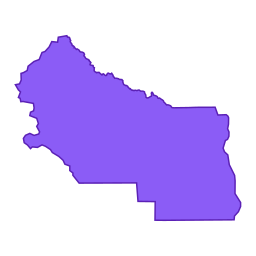 outline of Kittitas, Washington, United States of America
{"feature_id": "52423323B21025471162959", "entity_name": "Kittitas", "entity_type": "district", "adm_level": 2, "iso_a3": "USA", "parent_name": "United States of America", "parent_adm1": "Washington", "projection": "albers", "projection_center": [-120.862, 47.167], "detail": "fine", "context": "isolated", "style": "filled", "palette": "violet", "viewbox_px": 256, "rotation_deg": 0, "n_neighbors": 0, "source": "geoboundaries", "source_scale": "gbopen_adm2", "svg_char_len": 4943}
<svg xmlns="http://www.w3.org/2000/svg" viewBox="0 0 256 256"><path d="M27.5,145.0L30.5,148.6L32.3,146.9L37.5,147.4L42.0,144.9L45.5,146.3L50.5,149.6L52.3,152.5L58.8,156.4L63.1,160.3L64.9,164.2L69.8,166.0L69.8,170.6L72.9,173.0L72.9,175.3L79.1,183.1L136.6,182.9L138.0,201.4L155.2,201.6L155.0,220.2L164.0,220.3L234.1,219.8L234.5,216.0L238.4,211.7L240.6,206.5L240.6,202.5L235.0,193.6L235.1,180.8L234.6,175.4L229.3,164.7L227.8,154.9L224.5,151.8L223.1,148.1L225.4,140.5L227.5,139.4L228.9,136.3L229.0,132.0L227.6,128.8L228.5,124.2L228.6,117.8L227.9,116.1L226.2,114.7L217.9,115.0L215.1,107.2L209.5,107.3L204.5,107.3L198.3,107.3L193.9,107.4L188.5,107.6L173.9,107.8L172.0,107.6L171.4,107.0L171.0,106.2L170.4,105.7L168.7,105.0L167.5,104.8L166.5,104.9L165.3,103.4L163.9,102.1L163.4,100.8L162.4,99.9L161.6,99.5L160.1,98.4L159.4,98.0L159.0,98.1L158.6,98.3L157.7,97.9L157.4,96.8L156.5,96.1L155.6,95.7L153.8,95.2L152.9,93.3L152.4,92.4L151.9,92.3L151.3,93.1L151.5,94.4L151.7,95.5L151.3,96.2L150.6,96.4L149.1,97.4L148.0,97.9L146.9,97.9L146.0,97.3L145.9,96.2L145.7,94.8L144.7,93.2L144.5,91.9L143.5,91.3L142.1,91.1L140.7,91.2L139.1,90.0L137.8,90.2L137.4,90.5L136.9,90.6L136.6,90.6L136.4,90.5L136.2,90.4L135.1,90.2L134.7,90.3L134.3,90.6L134.1,90.6L133.9,90.5L133.7,90.5L133.4,90.5L133.2,90.5L133.1,90.3L133.0,90.2L132.8,90.1L132.7,90.2L132.0,90.3L131.5,89.9L131.3,89.8L131.1,89.7L130.7,89.3L130.5,88.8L130.3,88.6L130.1,88.6L129.9,88.7L129.8,88.9L129.7,88.9L129.4,88.4L129.2,88.2L128.7,87.8L128.4,87.6L128.1,87.3L128.0,86.8L127.8,86.4L127.6,86.3L127.5,86.2L127.3,86.1L126.8,85.6L126.6,85.5L126.4,85.5L125.7,85.6L125.3,85.4L125.2,85.2L124.6,85.0L124.4,84.9L124.2,84.8L123.8,84.6L123.7,84.5L123.6,84.2L123.4,83.9L123.4,83.7L123.3,83.2L123.2,83.0L123.0,82.5L122.8,82.3L122.8,82.0L122.9,81.7L122.8,81.4L122.8,81.2L122.9,80.9L122.9,80.7L122.6,80.4L122.2,80.1L122.1,79.9L122.0,79.6L121.6,79.5L121.0,79.6L120.7,79.5L120.4,79.4L119.9,79.5L119.1,79.2L118.7,79.0L118.5,78.7L117.6,78.6L117.0,78.3L116.4,78.3L115.9,78.2L115.4,78.2L114.9,78.3L114.7,78.3L114.4,77.9L114.2,77.4L114.0,77.0L113.6,76.9L113.3,76.6L113.1,75.9L113.1,75.2L112.6,74.8L112.3,74.4L112.2,74.2L112.0,73.6L111.9,73.4L111.7,73.2L111.6,73.3L111.5,73.5L111.3,73.6L110.9,73.8L110.4,73.9L110.1,73.9L109.9,73.7L109.4,73.7L109.2,73.6L108.9,73.4L108.3,73.2L108.2,73.1L107.7,73.3L107.3,73.9L106.9,74.2L106.8,74.4L106.8,74.7L106.8,74.9L106.7,75.1L106.2,75.5L105.8,75.6L105.5,75.4L105.2,75.3L105.0,75.2L104.6,74.9L104.3,74.6L104.0,74.3L103.7,74.0L103.5,73.9L103.3,73.8L103.2,73.8L103.0,74.0L102.7,74.1L102.5,74.3L102.5,74.6L102.3,74.7L102.1,74.8L101.9,74.9L101.7,74.8L101.2,74.4L100.9,74.0L100.7,73.8L100.3,73.6L99.8,73.2L99.5,72.7L99.0,72.3L98.8,72.3L98.7,72.4L98.5,72.5L98.1,72.5L97.8,72.5L97.4,72.4L97.2,72.4L97.0,72.5L96.9,72.6L96.7,72.7L96.4,72.7L95.8,72.1L95.6,72.1L95.2,71.9L94.9,71.6L94.7,71.5L94.6,71.3L94.3,71.0L94.2,70.8L94.1,70.7L94.2,70.4L94.2,70.2L94.2,69.6L94.2,69.4L94.2,69.2L94.1,68.8L94.3,68.2L94.4,67.9L94.4,67.7L94.0,67.6L93.9,67.5L93.7,67.3L93.4,67.0L93.3,66.8L93.2,66.5L93.2,66.3L93.2,66.1L93.2,65.9L93.2,65.7L92.9,65.4L92.7,65.4L91.8,65.3L91.6,65.2L91.4,65.2L90.7,65.1L90.3,64.9L90.1,64.8L90.0,64.7L90.2,64.1L90.2,63.8L90.5,63.3L90.6,63.1L90.9,62.7L90.5,62.1L90.3,61.8L90.1,61.7L89.9,61.7L89.7,61.6L89.6,61.4L89.4,61.0L89.3,60.9L89.1,60.7L89.3,60.3L89.1,60.1L88.6,59.9L88.3,59.6L88.1,59.5L87.8,59.2L87.6,59.2L87.1,59.1L86.8,58.9L86.6,58.8L86.4,58.7L86.2,58.7L85.9,58.4L85.7,58.2L85.2,57.5L85.2,57.3L85.0,57.2L84.8,56.8L84.4,56.4L84.4,56.1L84.2,56.0L84.1,55.8L83.9,55.7L84.0,55.4L84.0,55.2L84.2,54.9L84.3,54.7L84.5,54.3L84.4,54.1L84.1,53.6L83.8,53.3L83.7,53.1L83.7,52.8L83.6,52.7L83.0,52.5L82.7,52.4L82.3,52.3L82.2,52.1L81.8,52.0L81.6,52.0L81.2,52.0L80.7,52.0L80.5,51.9L80.3,51.8L80.2,51.7L79.8,51.5L79.6,51.3L79.6,51.1L79.6,50.9L79.5,50.7L79.3,50.4L78.9,50.1L78.6,49.8L78.1,49.5L77.7,49.3L77.4,49.0L77.0,49.1L76.6,49.1L76.4,49.2L76.3,49.3L76.2,49.1L75.7,48.6L75.4,48.4L75.2,48.2L74.7,47.6L74.4,47.6L74.5,47.5L74.5,47.4L74.5,47.2L74.4,46.9L73.9,46.6L73.8,46.4L73.7,46.2L73.3,46.0L73.1,45.9L73.0,45.7L72.8,45.6L72.4,45.7L72.2,45.5L72.1,45.1L72.1,44.9L72.0,44.7L71.9,44.5L71.9,44.3L71.8,43.9L71.5,43.6L71.4,43.4L71.0,42.9L70.7,42.5L70.6,42.4L70.3,41.8L70.2,41.6L70.2,41.4L70.3,41.2L70.6,40.8L70.7,40.7L70.5,40.2L70.3,40.1L70.2,39.9L70.1,39.7L70.1,39.3L69.8,39.0L69.9,38.3L69.8,38.1L69.6,38.0L69.5,37.8L69.4,37.6L69.3,37.4L69.1,37.3L68.7,37.2L68.3,37.4L68.1,37.4L67.9,37.3L67.8,37.1L67.6,36.8L67.4,36.8L67.2,36.7L67.2,36.4L67.2,36.2L66.9,35.9L66.8,35.7L58.3,37.2L57.6,42.2L51.8,41.6L49.1,47.0L45.0,51.5L42.0,52.5L39.2,59.5L34.0,61.5L28.1,66.2L27.2,70.5L23.5,72.6L21.0,73.4L21.2,80.1L19.5,83.9L15.4,84.7L18.4,89.9L20.5,91.9L18.4,97.5L20.1,98.3L20.8,101.7L23.1,101.5L33.4,103.4L34.1,107.9L33.6,110.8L30.5,112.2L29.8,115.6L36.7,118.3L38.4,123.6L36.7,126.4L39.6,131.9L38.7,134.0L34.1,135.4L29.8,133.4L25.5,135.3L23.4,138.4L24.2,142.7L27.5,145.0Z" fill="#8b5cf6" stroke="#5b21b6" stroke-width="1.5"/></svg>